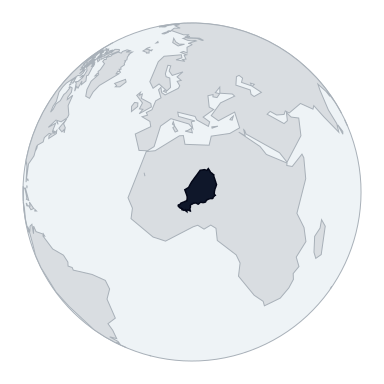 Niger on an orthographic globe, rotated 340°
{"feature_id": "NER", "entity_name": "Niger", "entity_type": "country or territory", "adm_level": 0, "iso_a3": "NER", "parent_name": "Africa", "parent_adm1": "", "projection": "orthographic", "projection_center": [6.366, 17.607], "detail": "fine", "context": "on_globe", "style": "filled", "palette": "ink", "viewbox_px": 384, "rotation_deg": 340, "n_neighbors": 0, "source": "natural_earth", "source_scale": "50m", "svg_char_len": 11263}
<svg xmlns="http://www.w3.org/2000/svg" viewBox="0 0 384 384"><g transform="rotate(340 192 192)"><circle cx="192" cy="192" r="169" fill="#eef3f6" stroke="#a8b0b8"/><path d="M168.8,24.6L155.3,27.1L151.7,28.2L133.2,35.0L136.1,34.3L130.8,37.1L132.1,37.6L128.3,39.2L132.7,38.2L135.9,36.7L138.9,35.9L140.0,36.2L135.3,38.1L134.1,38.3L133.3,39.0L130.5,39.9L132.4,39.6L126.7,42.3L133.9,40.2L130.6,42.8L126.3,44.4L124.8,43.5L111.2,46.7L106.5,49.0L101.2,52.6L95.5,60.5L91.0,63.7L86.4,68.6L89.7,66.9L94.5,62.6L99.5,61.1L104.8,56.6L107.7,55.6L113.9,51.7L115.0,53.2L112.7,57.1L107.6,60.5L106.4,62.5L113.0,60.3L105.1,68.5L102.7,77.2L100.4,79.5L93.0,81.3L88.8,77.9L79.1,82.1L87.4,80.7L81.6,87.3L81.5,89.1L83.0,89.8L86.0,87.9L84.5,90.7L75.7,92.7L77.0,90.1L79.8,89.4L77.7,88.1L71.8,90.4L69.3,94.0L62.9,95.1L61.1,97.9L58.7,100.0L62.0,95.3L55.8,104.1L48.0,109.7L39.4,126.0L45.6,111.6L46.4,108.4L46.7,106.5L45.2,109.0L47.6,104.3L54.4,94.0L62.0,84.1L70.3,74.8L79.3,66.1L89.0,58.1L99.1,50.8L109.8,44.4L121.0,38.7L132.5,33.9L144.4,29.9L156.5,26.8L168.8,24.6ZM35.0,129.6L35.3,128.8L35.1,130.0L30.3,143.0L35.0,129.6ZM30.1,143.5L29.0,149.8L26.2,160.8L25.2,168.1L25.8,168.7L26.1,173.8L28.1,168.7L30.5,167.6L28.8,177.0L31.5,169.9L31.9,175.9L37.8,180.7L36.9,182.4L41.6,197.9L49.6,207.4L51.4,215.4L50.2,219.2L53.6,222.0L53.7,224.8L69.9,235.3L80.3,245.4L81.4,255.0L75.5,263.6L76.8,284.3L68.0,287.0L70.2,294.8L71.1,304.0L65.1,299.9L71.4,307.2L72.0,309.2L69.4,307.4L72.9,311.5L71.2,310.0L75.2,313.9L77.0,315.8L68.5,307.3L60.6,298.3L53.4,288.7L52.6,287.5L37.4,257.6L34.4,250.3L30.0,239.3L24.2,211.3L23.6,202.9L23.3,197.4L24.5,187.0L25.6,173.5L25.5,170.6L24.6,174.2L25.7,162.4L27.9,151.6L28.2,150.7L30.1,143.5ZM36.8,131.3L35.7,144.0L33.9,142.2L34.7,141.3L35.5,136.8L36.1,131.5L35.3,130.8L36.8,131.3ZM41.7,124.6L41.7,123.1L42.0,123.9L41.7,124.6ZM112.9,51.2L113.3,51.4L111.9,52.0L112.9,51.2ZM115.1,49.3L113.1,49.8L113.9,49.1L115.1,48.8L115.1,49.3ZM117.3,49.0L115.5,47.7L116.9,46.4L122.6,44.4L117.3,49.0ZM136.5,36.2L133.1,37.7L134.9,36.2L136.5,36.2ZM136.9,35.4L138.3,32.9L143.8,31.0L142.2,32.0L148.6,29.8L150.7,30.1L147.6,31.4L143.6,32.5L147.4,31.8L136.9,35.4ZM140.2,35.5L140.0,35.0L144.8,33.3L146.1,34.0L144.1,34.3L140.2,35.5ZM149.3,29.2L153.1,28.2L155.8,28.2L157.6,27.8L151.2,29.9L149.3,29.2ZM143.6,34.8L146.6,34.5L145.4,35.6L140.8,35.9L143.6,34.8ZM145.5,32.6L147.8,31.9L146.9,32.5L145.5,32.6ZM142.5,40.1L142.2,39.2L144.6,38.1L142.5,40.1ZM147.9,34.3L148.3,33.9L149.2,33.5L150.9,33.5L147.9,34.3ZM153.5,29.9L153.9,30.1L156.3,29.0L158.4,29.1L153.7,30.6L156.6,30.0L157.3,30.1L152.7,31.3L153.5,29.9ZM155.4,32.4L150.2,34.8L150.3,36.5L148.1,37.4L148.3,34.5L155.4,32.4ZM154.2,31.6L154.5,32.2L151.6,32.9L149.7,32.8L154.2,31.6ZM161.5,28.8L159.5,28.2L160.6,27.9L161.5,28.8ZM156.0,32.7L157.3,32.2L156.4,32.8L156.0,32.7ZM160.5,29.8L159.6,29.5L160.9,29.2L160.5,29.8ZM160.5,31.4L158.8,32.1L157.4,32.0L160.5,31.4ZM160.9,30.6L162.9,30.2L158.0,31.6L160.3,30.5L160.9,30.6ZM161.8,29.5L162.3,29.3L162.0,29.7L161.8,29.5ZM166.6,31.6L160.8,33.4L157.8,33.0L163.9,31.3L166.6,31.6ZM95.7,330.8L95.9,330.9L97.5,332.0L95.7,330.8ZM356.1,151.9L356.0,151.4L358.6,163.6L358.6,163.8L359.4,168.9L359.3,168.4L357.5,158.0L353.6,144.4L354.3,149.4L352.4,143.4L347.2,133.7L347.1,140.7L348.2,161.5L351.4,177.3L350.4,186.0L341.7,166.7L336.0,152.5L334.0,155.5L324.2,145.9L310.3,151.0L307.4,147.7L305.0,150.6L297.9,148.6L293.0,143.0L289.2,144.6L301.9,159.2L306.0,157.6L307.9,149.8L310.8,155.5L317.6,159.0L313.6,176.4L291.5,196.5L287.7,185.0L262.6,156.0L262.5,152.2L262.3,151.8L261.9,151.1L261.2,157.4L256.4,151.7L271.5,172.5L274.7,182.1L291.2,197.3L290.1,199.5L294.9,202.3L308.3,194.0L308.8,198.0L303.4,218.4L283.3,247.9L285.1,263.7L282.1,277.5L267.7,288.8L267.0,298.6L259.2,303.2L257.4,308.8L250.1,315.3L238.6,321.9L221.1,323.7L221.5,319.1L215.1,310.3L206.9,287.0L212.9,275.2L212.0,266.2L199.2,246.2L202.1,234.3L198.3,229.5L190.6,231.0L186.0,225.2L181.2,225.1L150.3,229.1L140.0,221.0L125.6,196.2L130.5,186.8L129.9,175.5L162.8,138.4L171.5,140.6L199.4,134.9L203.2,136.0L201.7,144.8L224.1,153.9L229.2,146.1L247.6,149.9L258.7,148.0L259.4,131.5L241.2,134.1L236.2,126.8L249.3,118.0L264.9,116.5L263.4,113.7L252.0,108.7L254.0,102.9L247.9,106.6L251.6,109.1L247.8,111.8L244.2,109.7L245.1,107.6L239.9,107.0L237.2,118.1L240.6,121.9L228.1,125.4L232.6,132.2L229.8,135.9L221.1,125.9L220.7,122.0L205.9,112.1L205.2,116.4L219.1,126.3L215.4,125.8L214.5,132.6L212.3,127.0L197.3,115.9L185.0,119.3L171.9,136.4L164.2,138.0L156.4,134.8L158.5,118.1L175.6,116.5L176.6,111.3L170.8,104.2L176.5,104.6L176.2,101.7L182.5,101.0L189.1,93.9L195.1,92.9L195.5,84.5L198.6,83.0L197.5,88.2L199.9,91.6L214.6,89.9L216.8,88.0L215.9,82.9L220.0,83.4L217.3,78.7L224.6,76.0L213.3,75.7L211.9,70.5L215.2,66.2L212.7,64.7L207.4,71.8L207.1,74.8L210.1,77.3L207.6,86.4L203.0,88.4L198.0,79.2L190.9,81.2L190.1,73.9L204.9,58.0L212.2,54.9L228.9,59.4L228.4,62.5L222.2,62.3L230.0,66.8L228.4,64.3L231.8,65.0L231.4,60.9L233.8,61.2L229.2,57.0L232.1,57.0L235.0,59.6L236.8,54.3L242.3,53.6L241.6,52.3L239.2,51.1L247.7,51.5L246.8,50.6L243.6,50.0L239.7,47.9L236.1,44.6L239.3,44.9L241.0,46.1L249.4,49.5L253.5,53.2L254.4,53.1L251.6,50.0L241.4,45.7L238.3,43.7L243.3,45.2L241.2,44.5L240.7,43.6L243.1,43.2L237.8,41.4L227.7,33.1L231.3,32.0L236.9,33.9L233.1,30.2L237.6,30.3L234.7,29.6L230.9,28.1L229.5,28.0L227.8,27.6L217.5,25.0L229.7,27.3L241.7,30.5L253.5,34.6L264.9,39.6L276.0,45.4L286.5,52.0L296.6,59.3L306.1,67.4L315.0,76.1L323.2,85.5L330.7,95.4L337.4,105.9L343.3,116.9L348.5,128.2L352.7,139.9L356.1,151.9ZM153.6,157.5L153.2,160.9L153.2,161.0L153.6,157.5ZM283.0,123.5L291.3,122.1L284.7,113.2L287.4,112.1L284.2,109.7L284.2,112.6L276.0,105.9L278.5,102.3L276.1,98.5L273.2,98.8L269.8,106.6L281.6,116.0L280.9,120.4L283.0,123.5ZM38.0,180.7L38.5,183.1L37.4,182.4L38.0,180.7ZM32.4,145.6L32.8,146.9L32.6,148.8L32.1,148.5L32.4,145.6ZM38.4,154.6L39.4,156.7L37.8,156.1L38.4,154.6ZM35.8,145.9L37.6,153.4L34.6,153.6L33.7,149.1L35.0,149.9L35.8,145.9ZM39.0,129.3L38.9,130.6L38.1,132.0L39.0,129.3ZM41.9,125.2L41.7,125.1L42.3,123.4L41.9,125.2ZM82.1,87.2L82.8,87.1L83.8,88.3L82.2,88.8L82.1,87.2ZM94.9,88.2L92.1,92.7L93.0,89.7L90.3,91.0L88.7,86.6L99.2,80.5L94.7,83.9L94.9,88.2ZM89.5,79.7L89.3,82.7L89.1,79.6L89.5,79.7ZM168.7,88.2L171.6,89.8L170.2,93.1L162.6,95.7L164.5,90.9L168.7,88.2ZM175.9,91.4L173.1,82.3L177.7,80.7L175.6,83.1L178.9,82.9L176.4,86.7L183.6,94.7L182.9,98.2L169.2,100.4L174.1,97.5L171.0,95.9L175.9,91.4ZM157.6,66.2L156.4,63.5L168.0,63.4L167.7,66.1L160.1,68.5L155.9,66.9L157.6,66.2ZM127.9,46.1L126.7,46.0L128.0,45.3L130.1,44.9L127.9,46.1ZM142.2,39.7L134.5,46.7L132.7,46.7L130.3,51.4L124.8,53.3L126.5,50.1L120.4,55.4L119.8,53.4L116.2,57.1L120.6,49.8L119.7,48.5L122.8,49.1L128.0,47.2L129.9,46.0L134.9,41.9L135.6,38.8L140.8,36.8L144.3,36.4L144.9,36.8L141.3,37.8L144.7,37.7L140.0,39.6L142.2,39.7ZM182.2,38.0L177.8,37.9L183.9,40.1L179.2,41.1L180.2,41.3L177.5,43.0L176.0,45.5L173.6,45.8L174.1,46.7L172.3,48.0L172.1,49.4L167.8,50.5L167.2,52.4L165.5,51.8L165.6,55.0L163.6,53.2L161.1,55.0L164.4,55.8L141.4,60.2L133.3,64.2L127.7,68.9L124.9,65.7L128.4,59.7L135.1,53.4L143.2,50.2L140.5,49.7L143.6,48.1L144.5,49.2L145.0,46.6L147.7,45.7L153.7,41.5L152.7,38.9L154.9,37.5L156.7,38.1L157.6,36.3L162.4,36.6L164.1,35.7L170.5,35.3L173.0,37.3L174.7,36.2L179.6,36.2L182.2,38.0ZM168.4,31.6L172.4,33.2L171.9,34.7L160.9,34.9L158.7,35.6L151.7,36.3L152.7,34.2L154.6,34.2L156.7,33.7L155.6,34.5L158.0,33.5L160.8,33.5L163.4,32.8L164.0,33.4L168.4,31.6ZM206.4,132.5L209.1,132.7L213.1,132.0L212.6,136.5L206.4,132.5ZM196.0,125.0L198.3,124.3L199.5,129.8L196.7,129.9L196.0,125.0ZM198.5,119.5L198.3,123.8L196.8,121.5L198.5,119.5ZM199.5,87.5L201.9,86.7L202.5,87.8L201.7,89.7L199.5,87.5ZM199.2,46.7L196.8,45.9L197.2,45.4L194.2,42.7L197.4,42.1L200.5,43.4L199.2,46.7ZM256.9,134.7L254.3,138.2L252.4,137.0L253.6,136.0L256.9,134.7ZM232.9,137.6L238.9,139.0L232.7,138.9L232.9,137.6ZM202.2,45.5L200.6,44.4L203.2,44.8L202.2,45.5ZM199.6,41.5L202.5,41.6L197.4,41.7L199.6,41.5ZM291.1,328.4L290.1,329.4L288.7,330.3L291.1,328.4ZM305.5,269.7L292.0,295.0L285.6,296.7L286.0,290.4L292.1,275.6L300.0,269.7L304.3,262.3L305.5,269.7ZM360.7,183.3L360.2,177.6L360.2,176.3L360.3,176.9L360.7,183.3ZM351.9,178.6L354.4,186.7L353.5,189.3L351.9,178.6ZM227.4,41.3L228.1,45.4L230.6,48.7L235.5,50.6L228.9,50.0L225.0,45.0L227.4,41.3ZM227.3,33.9L223.1,32.8L224.7,32.5L225.8,32.7L227.3,33.9ZM224.9,33.8L220.2,34.0L217.7,32.9L221.9,32.9L224.9,33.8ZM211.4,38.9L211.3,40.1L209.2,39.7L211.4,38.9ZM227.1,27.6L224.8,27.1L225.1,27.0L227.1,27.6ZM218.7,25.9L219.9,26.3L217.3,25.7L218.7,25.9ZM222.9,27.6L219.8,26.5L224.6,27.8L222.9,27.6Z" fill="#d9dde1" stroke="#a8b0b8" stroke-width="1"/><path d="M212.7,203.1L212.2,203.1L211.9,203.2L211.5,203.5L211.1,203.7L210.6,203.9L210.3,204.1L210.0,204.3L209.6,204.7L209.5,205.0L209.1,205.1L208.5,205.1L208.1,204.8L207.3,204.5L206.7,204.4L205.2,204.3L203.8,204.5L203.1,204.6L202.6,204.9L202.2,205.1L201.3,206.0L200.1,206.0L199.4,205.9L198.9,205.8L198.0,205.4L197.0,204.7L196.6,204.6L196.2,204.6L194.8,205.2L194.6,205.2L194.3,205.3L194.1,205.5L193.8,205.6L193.6,205.5L193.4,205.4L192.7,204.5L192.6,204.4L192.4,204.1L192.1,203.8L191.8,203.6L191.7,203.6L190.5,203.3L189.5,203.0L189.3,203.0L189.1,203.1L188.8,203.3L188.4,203.4L187.9,203.4L187.6,203.3L187.1,203.4L186.8,203.5L186.4,203.6L185.9,204.1L185.6,204.2L185.5,205.4L185.3,205.7L185.0,206.2L184.5,206.6L184.2,206.9L184.2,207.3L184.1,207.9L184.1,208.3L184.1,208.5L184.1,208.8L184.1,209.0L184.0,209.3L183.8,209.1L183.6,208.9L183.3,208.8L183.2,208.7L182.7,208.1L182.0,207.3L181.9,207.3L181.7,207.3L181.4,207.5L181.2,207.5L180.8,207.6L180.5,207.7L180.5,207.8L180.6,208.4L180.5,208.7L180.4,208.5L180.0,208.0L179.7,207.6L179.6,207.3L179.8,207.2L180.0,207.2L180.1,206.8L179.9,206.5L179.8,206.3L179.7,206.3L179.3,206.3L179.0,206.5L178.8,206.5L178.5,206.5L178.2,206.5L178.0,206.3L177.5,205.9L176.9,205.4L176.6,205.3L176.6,205.2L176.5,204.9L176.6,204.4L176.8,204.4L177.1,204.4L177.0,204.2L176.7,204.0L176.6,203.7L176.4,203.5L176.2,203.5L176.0,203.4L175.9,203.3L175.7,203.3L175.3,202.8L175.0,202.4L174.9,202.1L174.8,201.9L174.9,201.6L174.6,201.2L174.3,200.9L174.4,200.4L174.5,200.0L174.5,199.8L174.5,199.7L175.1,199.5L175.9,199.6L176.6,199.5L177.1,199.1L177.6,198.7L178.4,198.7L179.2,198.6L179.8,198.6L180.8,198.6L181.6,198.6L182.4,198.6L182.5,198.4L183.3,198.5L183.9,198.6L183.9,198.2L184.5,197.7L184.8,197.7L184.9,197.4L185.0,197.2L185.1,196.9L185.2,196.6L185.3,196.1L185.6,195.6L185.8,195.0L185.9,194.4L185.9,193.9L186.0,193.8L186.0,192.9L186.0,192.0L186.0,191.3L186.0,190.4L186.0,189.6L186.0,188.7L186.0,188.0L186.0,187.4L186.7,187.3L187.3,187.2L188.2,187.0L189.2,186.8L190.3,186.6L190.5,186.5L191.3,185.7L191.7,185.4L192.4,184.7L193.0,184.2L193.7,183.6L194.5,182.9L195.1,182.4L196.0,181.8L197.4,180.9L198.8,179.9L200.2,179.0L201.6,178.1L203.0,177.2L204.4,176.2L205.8,175.3L207.1,174.4L208.5,174.7L209.9,175.0L211.2,175.2L211.6,175.4L212.3,176.0L213.3,176.8L214.2,176.3L215.3,175.6L215.7,177.3L216.0,178.7L216.1,179.7L216.1,179.9L216.2,180.1L216.4,180.2L217.3,181.5L217.2,181.8L217.3,182.2L217.6,182.3L218.3,183.1L218.4,183.3L217.9,184.4L217.9,184.6L217.8,185.8L217.8,186.6L217.8,187.8L217.7,189.2L217.7,190.4L217.6,192.0L217.6,193.4L216.9,194.3L215.7,195.8L214.6,197.0L214.1,197.8L213.1,199.4L212.7,200.4L212.4,200.9L212.2,201.1L212.4,201.9L212.7,203.1Z" fill="#0f172a" stroke="#020617" stroke-width="1.5"/></g></svg>